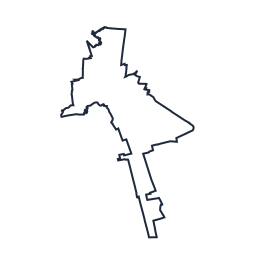 the district of Titu, Dâmbovita, Romania, rotated 30°
{"feature_id": "2599482B39666992432313", "entity_name": "Titu", "entity_type": "district", "adm_level": 2, "iso_a3": "ROU", "parent_name": "Romania", "parent_adm1": "Dâmbovita", "projection": "orthographic", "projection_center": [25.555, 44.638], "detail": "fine", "context": "isolated", "style": "outline", "palette": "slate", "viewbox_px": 256, "rotation_deg": 30, "n_neighbors": 0, "source": "geoboundaries", "source_scale": "gbopen_adm2", "svg_char_len": 5365}
<svg xmlns="http://www.w3.org/2000/svg" viewBox="0 0 256 256"><g transform="rotate(30 128 128)"><path d="M200.8,212.2L206.4,208.9L207.4,208.3L207.5,208.2L203.5,203.9L202.0,202.0L196.3,195.6L201.2,190.6L204.2,187.2L202.9,186.3L196.9,183.1L195.4,180.1L194.8,178.0L195.2,177.4L195.7,177.5L196.0,177.2L195.8,176.9L194.1,175.9L192.3,174.6L189.7,173.1L189.3,173.6L186.0,176.3L180.7,180.6L178.5,178.4L177.0,176.6L180.3,173.8L179.4,173.1L180.3,172.1L183.3,168.5L180.2,165.9L174.1,161.1L154.0,142.7L158.2,138.8L158.3,138.4L158.2,138.1L158.3,137.7L160.8,134.8L157.6,131.3L160.6,128.4L162.0,127.2L162.2,127.3L164.3,125.0L171.1,118.5L171.5,118.2L172.6,117.7L177.2,115.5L174.9,112.5L185.2,97.7L185.3,97.1L185.1,96.1L184.7,95.1L184.4,94.5L183.7,93.9L182.5,93.5L178.5,93.2L178.5,92.9L173.9,93.0L157.6,92.1L157.5,91.9L157.0,91.9L139.3,90.9L138.7,90.9L136.6,89.9L134.6,88.6L130.1,88.3L128.9,88.4L128.1,89.2L127.8,88.6L127.8,88.1L127.4,87.7L127.2,87.4L127.2,86.9L127.6,86.5L128.1,86.3L128.3,85.9L127.9,85.4L127.5,85.6L127.3,84.6L124.3,85.9L122.8,86.3L122.7,85.8L124.1,85.3L124.0,85.2L123.9,84.4L122.6,84.8L122.5,83.8L122.6,83.7L122.5,83.4L122.2,81.1L122.0,80.6L121.3,80.9L118.4,82.5L115.7,84.0L115.6,83.8L115.2,84.0L114.3,83.8L113.9,82.9L113.0,78.8L112.7,77.9L110.0,78.6L107.4,78.5L107.5,74.7L107.2,74.6L107.0,75.5L106.7,76.7L105.9,78.0L105.0,79.2L102.2,81.6L101.6,82.6L101.1,83.6L100.6,84.4L100.1,85.0L100.1,84.8L100.0,84.4L99.3,82.8L99.0,82.3L99.0,81.9L97.8,79.2L97.0,77.3L96.8,77.2L96.2,76.1L95.7,74.6L95.4,74.0L93.9,75.1L93.3,74.5L93.0,74.4L92.9,74.2L90.6,76.9L88.4,72.3L85.5,65.4L83.9,61.8L83.4,60.5L83.0,59.6L82.7,58.9L82.3,57.8L79.8,51.7L79.7,51.3L79.4,50.5L76.5,43.8L69.4,47.4L62.2,50.8L59.6,51.9L59.2,51.7L58.8,51.7L58.7,51.9L58.2,52.1L57.9,52.6L57.3,52.3L56.8,53.0L56.7,53.5L56.8,53.7L56.9,54.3L56.1,54.3L56.0,54.7L56.1,54.9L56.1,55.2L56.0,55.3L55.3,55.5L55.4,55.9L55.7,56.2L55.6,56.3L55.1,56.5L54.9,56.7L55.0,57.3L54.7,57.3L54.5,57.5L54.3,57.4L54.2,57.6L54.3,58.0L54.7,58.0L54.6,58.4L54.5,58.6L54.2,58.7L54.0,58.9L53.9,58.8L53.6,59.0L53.3,59.6L53.2,59.9L53.3,60.2L52.7,60.8L52.8,61.5L52.5,61.9L52.5,62.2L52.2,62.5L51.7,62.3L51.4,62.2L51.1,62.7L50.8,62.6L50.3,62.6L49.7,62.3L49.6,61.9L49.1,61.7L48.9,61.8L49.0,62.3L49.4,62.7L49.4,63.2L49.8,63.4L50.3,63.4L50.4,64.0L50.1,64.1L49.9,64.2L49.8,64.5L50.2,64.6L50.4,64.4L51.1,64.3L51.2,64.0L51.5,63.6L51.9,64.0L52.4,63.9L52.4,64.1L52.6,64.2L52.7,64.5L52.6,65.0L52.9,65.1L53.3,65.1L53.5,65.0L53.7,64.7L53.9,64.8L54.1,65.1L54.6,65.0L55.4,65.4L55.5,65.4L55.8,65.0L56.0,64.7L56.6,64.5L56.8,64.9L57.1,64.8L57.4,65.1L57.8,65.2L58.0,65.2L58.7,64.3L58.9,64.2L59.4,64.6L59.5,65.7L59.1,66.0L58.9,65.9L58.8,66.0L58.7,66.3L59.2,66.7L59.5,66.8L59.7,66.6L59.8,66.7L60.2,67.2L60.7,67.0L60.8,67.3L61.1,67.6L61.1,67.8L61.0,68.0L61.6,67.8L61.8,67.5L62.0,67.4L62.2,67.6L62.3,68.0L61.9,68.3L61.8,68.5L61.6,68.7L61.6,68.8L61.9,69.0L62.4,69.1L62.5,69.2L62.4,69.5L62.0,69.7L61.6,69.7L61.2,69.9L61.0,69.7L60.9,69.8L60.7,70.1L61.0,70.6L60.9,71.1L60.2,71.3L59.7,71.8L58.9,71.8L58.9,72.2L59.2,72.4L59.2,72.6L59.0,73.1L58.4,73.2L58.3,73.4L58.3,74.2L58.5,74.5L57.3,75.6L48.5,73.1L48.9,73.3L52.6,76.5L52.6,76.4L53.5,77.2L53.3,77.2L60.6,83.7L59.5,84.4L59.7,84.6L59.8,84.8L60.0,85.4L59.5,85.6L59.2,86.3L59.5,86.5L60.4,85.9L60.6,86.0L60.8,86.1L57.7,88.7L55.0,90.1L55.2,90.5L55.2,91.3L59.2,99.0L59.1,99.3L59.9,100.3L62.8,105.5L63.7,107.2L63.3,107.3L62.3,108.3L60.8,110.7L60.4,111.2L61.0,111.4L60.6,111.8L59.8,111.5L58.2,112.5L59.8,112.5L55.9,116.3L57.9,117.5L57.5,118.2L60.9,122.9L60.7,123.4L60.8,123.8L60.9,124.1L61.3,124.6L61.9,125.8L62.1,126.8L63.2,127.9L67.5,133.8L69.3,135.6L68.6,135.9L67.0,137.2L66.8,137.7L66.6,139.2L66.1,140.3L65.8,140.7L64.6,141.5L63.9,142.7L63.6,144.0L63.3,144.3L63.1,144.7L63.2,145.2L63.0,145.4L62.1,145.7L62.2,146.2L63.1,146.1L63.3,146.2L63.6,146.6L63.6,147.4L63.8,148.3L63.5,149.6L63.6,150.0L63.7,150.4L64.2,150.8L64.7,151.5L64.8,151.6L65.0,151.5L65.6,151.0L67.7,149.0L70.8,146.3L76.2,142.0L77.4,141.4L79.2,140.7L83.2,138.3L83.2,138.2L82.6,137.4L82.5,136.9L82.4,136.1L82.6,135.8L82.9,135.6L84.2,136.1L84.4,136.1L84.6,135.7L84.7,134.8L84.5,134.1L84.1,133.7L83.9,133.8L83.7,134.5L83.2,134.8L82.9,134.9L82.5,134.7L83.1,134.3L83.2,134.1L83.1,133.9L82.9,133.9L82.0,134.2L81.8,134.0L81.7,133.6L81.8,133.4L82.2,133.3L82.5,133.3L82.8,133.3L82.9,132.5L83.3,131.7L83.3,131.4L83.1,130.9L82.0,131.0L81.7,130.8L81.6,130.6L81.6,130.4L82.0,129.9L82.0,129.2L84.4,127.2L84.7,126.2L85.7,124.1L86.1,123.2L86.8,122.4L88.0,121.5L88.9,121.3L89.3,121.4L89.6,121.6L90.3,122.1L92.2,122.5L92.6,122.5L93.1,122.3L93.6,121.9L93.9,121.1L94.3,120.8L94.4,120.6L94.4,120.1L94.5,119.8L94.8,119.7L95.5,119.7L95.7,119.9L95.6,120.7L95.7,120.9L96.0,120.9L98.8,119.6L99.0,120.6L99.2,120.9L101.2,121.4L102.2,122.0L103.7,123.4L105.8,124.5L110.1,127.3L110.7,129.1L110.7,129.5L110.7,130.0L110.5,130.5L110.5,131.1L110.7,131.5L111.0,131.8L111.5,132.0L112.2,131.8L112.5,131.9L112.9,132.5L118.5,135.3L119.8,133.3L129.6,141.6L132.2,138.7L143.7,148.5L138.3,153.7L137.3,152.6L133.9,155.6L136.3,158.3L134.7,160.0L135.7,161.0L140.9,156.6L141.5,156.7L141.9,156.6L143.6,155.3L144.3,155.7L158.7,170.6L160.0,172.0L161.1,173.0L167.7,179.9L167.9,180.5L169.5,182.3L169.6,182.5L170.1,183.1L170.5,183.5L171.0,183.5L171.3,183.1L171.4,182.5L171.6,182.1L177.4,188.2L178.2,188.9L187.6,198.4L189.2,200.2L195.8,206.8L200.0,211.2L200.8,212.2Z" fill="none" stroke="#1e293b" stroke-width="2"/></g></svg>